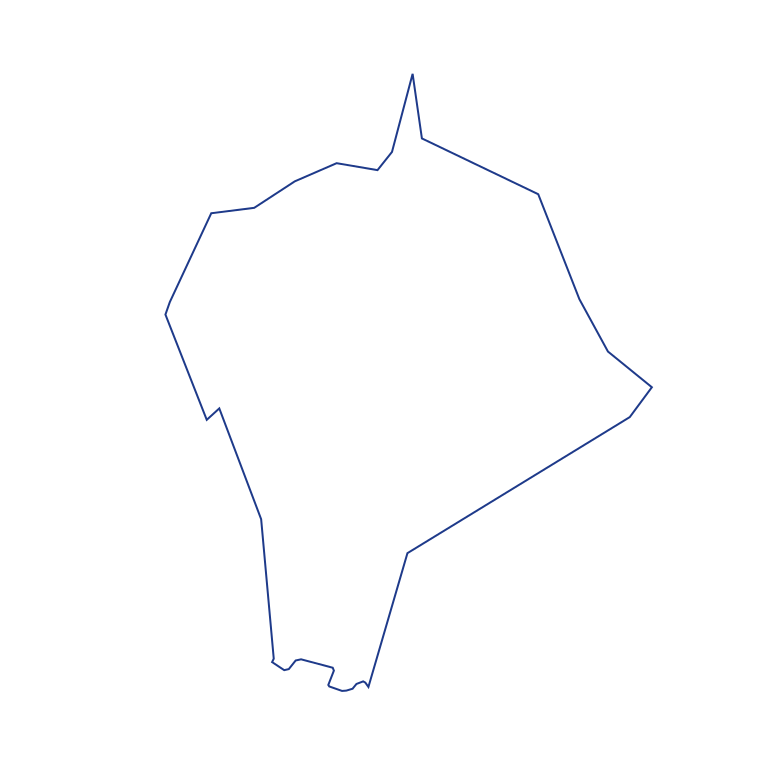 outline of Franklin, Georgia, United States of America, rotated 151°
{"feature_id": "52423323B34949297901423", "entity_name": "Franklin", "entity_type": "district", "adm_level": 2, "iso_a3": "USA", "parent_name": "United States of America", "parent_adm1": "Georgia", "projection": "natural_earth1", "projection_center": [-83.174, 34.38], "detail": "fine", "context": "isolated", "style": "outline", "palette": "blue", "viewbox_px": 768, "rotation_deg": 151, "n_neighbors": 0, "source": "geoboundaries", "source_scale": "gbopen_adm2", "svg_char_len": 622}
<svg xmlns="http://www.w3.org/2000/svg" viewBox="0 0 768 768"><g transform="rotate(151 384 384)"><path d="M208.6,641.4L264.5,583.1L286.0,574.2L318.4,600.1L363.8,604.5L412.1,601.0L452.3,617.1L531.6,559.5L541.5,550.7L556.4,438.6L539.9,442.5L557.0,325.3L613.6,197.2L616.7,195.0L610.0,182.1L605.5,180.8L595.3,185.0L590.0,183.4L566.4,160.7L566.8,157.6L578.6,147.8L578.5,146.0L569.5,135.9L565.6,134.1L559.2,132.7L558.8,132.9L553.5,135.0L546.4,134.0L545.1,131.9L544.5,126.6L445.5,224.7L185.1,235.9L151.3,251.3L172.4,303.8L172.0,363.4L157.1,475.2L231.8,580.4L208.6,641.4Z" fill="none" stroke="#1e3a8a" stroke-width="2"/></g></svg>